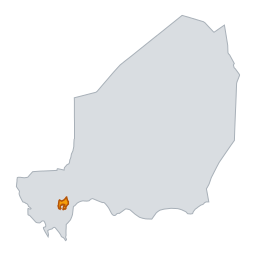 Loga, Dosso, Niger shown in context
{"feature_id": "23599985B16490635358595", "entity_name": "Loga", "entity_type": "district", "adm_level": 2, "iso_a3": "NER", "parent_name": "Niger", "parent_adm1": "Dosso", "projection": "equal_earth", "projection_center": [3.398, 13.629], "detail": "fine", "context": "in_parent", "style": "filled", "palette": "amber", "viewbox_px": 256, "rotation_deg": 0, "n_neighbors": 0, "source": "geoboundaries", "source_scale": "gbopen_adm2", "svg_char_len": 3681}
<svg xmlns="http://www.w3.org/2000/svg" viewBox="0 0 256 256"><path d="M208.8,201.9L206.3,201.9L204.8,202.5L203.0,204.4L200.9,205.1L198.4,206.8L196.8,208.1L195.3,209.1L193.3,211.7L192.6,213.6L190.6,214.0L187.7,213.7L185.8,211.7L181.5,209.7L178.8,208.9L177.5,208.6L171.0,208.3L164.1,209.1L160.6,210.0L159.9,210.2L157.9,211.5L156.3,212.8L151.8,219.1L145.9,218.9L142.4,218.2L139.4,217.2L135.2,214.3L130.0,209.8L128.0,209.2L126.2,208.9L125.6,208.9L119.4,213.4L118.2,213.3L116.8,213.8L115.8,214.9L115.1,215.4L114.4,215.5L113.4,215.3L112.4,214.6L111.5,213.4L108.9,208.4L108.4,207.6L107.3,206.1L105.4,203.8L104.2,202.7L103.4,202.5L102.5,202.6L97.6,200.7L92.6,198.6L91.5,198.9L90.7,199.3L89.0,200.8L87.0,201.1L84.4,201.0L83.0,200.8L80.8,201.3L79.3,201.9L77.3,203.0L74.7,205.8L74.0,206.1L73.4,206.6L72.5,214.4L71.8,216.7L70.5,219.8L68.0,222.7L66.2,224.5L66.2,226.9L66.0,230.9L66.0,233.6L66.1,235.3L65.8,236.2L65.7,236.9L65.8,238.1L66.2,238.6L66.5,239.4L66.3,240.0L65.5,240.6L64.5,238.9L63.4,237.6L62.1,237.1L61.2,236.2L60.7,234.9L59.1,232.5L55.2,227.7L54.8,227.5L54.1,227.3L53.0,227.9L52.3,228.7L51.9,229.0L51.1,229.1L49.3,229.7L47.8,230.5L47.8,231.1L48.5,234.8L48.1,236.8L47.5,235.8L45.3,232.1L43.9,229.4L43.6,228.8L43.4,227.8L43.5,227.4L44.1,227.2L45.5,226.8L45.7,226.5L45.8,225.8L45.6,224.4L44.8,222.5L44.1,221.2L43.6,221.0L42.8,220.9L41.9,221.1L40.3,222.6L39.5,222.9L37.8,222.8L36.3,222.5L35.4,221.7L32.6,218.6L29.6,215.4L28.3,215.0L28.0,214.6L27.9,212.2L27.9,209.2L28.1,208.4L29.3,208.9L30.7,209.1L31.1,208.5L30.1,207.5L28.5,206.4L27.9,204.8L27.5,204.2L26.8,203.7L26.0,203.4L25.2,202.9L24.7,202.4L23.8,202.2L22.8,201.9L21.4,199.3L20.1,196.7L19.3,194.7L19.1,193.5L19.5,191.4L19.1,190.6L17.6,188.5L16.4,186.6L16.7,183.6L17.0,181.1L17.0,179.5L17.2,178.6L17.3,177.6L18.2,177.3L20.3,177.3L24.3,177.8L27.6,177.3L27.8,177.2L30.1,174.5L32.7,171.7L36.5,171.4L40.7,171.1L43.9,171.0L48.7,170.8L52.5,170.6L57.0,170.4L57.1,169.1L57.4,168.8L57.8,168.7L61.1,169.4L64.1,170.1L64.4,167.7L67.1,164.6L68.6,164.0L69.0,163.5L69.5,162.4L69.7,160.9L69.9,159.7L70.4,158.8L70.9,157.1L71.4,154.1L72.9,150.9L73.8,146.6L73.9,142.5L74.1,139.3L74.5,138.7L74.5,133.1L74.5,127.5L74.5,122.8L74.4,116.9L74.4,111.7L74.4,106.1L74.4,101.1L74.3,97.8L77.4,97.0L80.6,96.2L85.3,95.0L90.3,93.7L95.8,92.3L97.1,91.4L101.2,86.6L103.0,84.5L106.7,80.2L109.6,76.8L113.2,72.6L117.0,68.4L120.1,65.0L124.8,61.2L132.1,55.5L139.3,49.7L146.4,44.0L153.6,38.2L160.8,32.5L167.9,26.8L175.0,21.1L182.1,15.4L189.4,17.5L196.4,19.6L203.4,21.7L205.0,22.8L208.8,26.9L213.7,32.1L213.9,32.2L214.1,32.2L218.6,29.1L224.4,25.1L226.2,35.9L227.7,45.3L227.9,51.2L228.0,52.8L228.5,53.8L229.6,54.9L234.3,63.5L233.4,65.0L234.1,67.7L235.3,68.8L239.1,74.0L239.6,75.0L239.4,75.8L237.0,81.9L236.6,83.4L236.3,91.1L236.1,96.6L235.8,104.1L235.4,113.1L235.1,120.7L234.7,130.8L234.4,140.4L230.7,145.6L224.3,154.9L219.1,162.5L216.4,167.6L211.3,177.6L209.1,184.0L207.3,187.4L206.4,188.8L207.3,193.6L208.8,201.9Z" fill="#d9dde1" stroke="#a8b0b8" stroke-width="1"/><path d="M58.1,205.8L58.3,206.6L58.5,207.1L58.6,208.0L58.9,208.6L59.5,208.9L59.9,209.1L59.9,208.8L60.1,208.8L60.4,208.7L60.9,208.5L60.9,208.3L60.3,207.6L60.2,206.7L60.3,206.5L60.6,205.6L60.9,205.3L61.2,205.0L61.3,205.1L61.8,205.1L62.4,204.7L62.6,204.8L63.0,204.9L63.1,204.7L62.8,204.3L63.4,204.3L63.6,204.5L64.7,204.6L64.7,205.8L64.6,206.1L64.0,206.1L63.7,206.5L63.1,208.6L63.0,209.5L63.3,209.6L64.1,208.8L64.5,208.8L64.9,209.2L65.4,209.0L65.9,208.4L65.9,206.9L67.4,204.8L68.3,204.1L68.3,201.4L67.6,200.7L67.2,199.3L66.6,197.1L66.1,197.4L65.6,198.3L65.1,198.8L64.0,199.9L63.3,200.3L61.7,201.1L59.5,200.0L59.0,200.8L58.6,203.9L58.5,205.4L58.1,205.8Z" fill="#f59e0b" stroke="#b45309" stroke-width="1.5"/></svg>